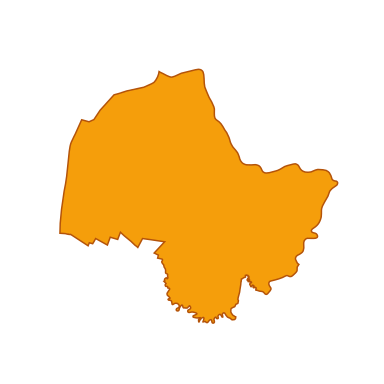 the district of Tran De, Sóc Trăng, Vietnam, rotated 209°
{"feature_id": "81297802B35680204276393", "entity_name": "Tran De", "entity_type": "district", "adm_level": 2, "iso_a3": "VNM", "parent_name": "Vietnam", "parent_adm1": "Sóc Trăng", "projection": "natural_earth1", "projection_center": [106.042, 9.495], "detail": "fine", "context": "isolated", "style": "filled", "palette": "amber", "viewbox_px": 384, "rotation_deg": 209, "n_neighbors": 0, "source": "geoboundaries", "source_scale": "gbopen_adm2", "svg_char_len": 5842}
<svg xmlns="http://www.w3.org/2000/svg" viewBox="0 0 384 384"><g transform="rotate(209 192 192)"><path d="M287.5,91.9L282.6,94.2L280.3,94.8L279.7,95.2L279.0,95.2L278.2,95.7L277.8,95.8L277.6,96.1L256.8,94.6L257.2,97.8L253.8,98.6L253.7,100.7L253.7,104.6L240.3,104.6L241.6,112.8L234.0,114.5L235.1,122.1L229.8,120.8L221.6,119.3L215.9,117.8L214.1,117.6L212.5,117.2L212.7,127.3L204.7,130.4L191.8,135.2L195.5,120.3L190.8,120.5L190.0,117.5L185.7,118.8L184.9,118.4L184.7,117.8L184.7,116.5L184.2,115.8L182.9,115.0L181.7,114.7L179.8,112.7L178.0,111.8L177.7,111.3L177.1,110.7L176.2,108.9L175.8,108.4L175.3,108.2L173.7,108.3L173.3,108.1L172.7,106.8L171.7,105.6L171.4,105.0L171.5,104.5L171.7,104.1L172.9,104.5L173.3,103.9L173.7,102.8L173.6,102.2L173.4,101.8L172.7,101.1L173.3,100.3L170.3,99.4L170.5,97.9L170.1,97.3L169.6,96.9L169.1,96.8L168.0,97.4L167.7,97.4L167.2,97.2L167.1,96.8L166.5,96.3L165.2,96.8L164.6,96.5L164.4,96.1L164.7,91.6L164.5,90.8L164.0,90.2L163.4,89.7L161.5,89.3L159.8,88.6L159.8,88.3L160.8,87.0L160.9,86.5L160.7,86.3L160.1,86.1L158.2,86.8L157.3,86.7L156.6,86.2L155.0,84.2L154.6,84.1L154.2,84.3L153.0,86.3L152.3,86.8L150.9,87.4L150.5,87.4L149.2,87.1L148.0,86.4L147.5,85.1L147.8,84.2L148.6,83.1L148.9,82.5L148.8,81.5L148.4,81.0L148.1,80.8L147.5,80.8L146.7,81.1L146.4,81.4L146.1,81.9L146.1,82.4L146.7,84.6L146.7,85.4L146.6,86.8L146.1,88.2L145.8,88.3L145.3,88.2L143.8,86.7L143.5,86.6L143.0,86.6L142.3,87.1L141.8,87.2L140.6,87.8L139.9,88.3L139.2,91.0L139.0,91.3L138.7,91.3L137.4,90.6L136.9,89.9L136.9,89.0L137.0,88.7L138.0,87.1L138.2,86.6L138.0,85.8L137.5,85.2L136.9,85.0L136.1,85.2L134.2,86.8L132.9,87.5L130.7,88.1L129.4,88.2L128.7,87.9L128.7,87.3L130.9,84.4L130.8,83.7L130.4,83.2L130.1,83.1L127.1,84.0L126.1,84.5L123.9,86.1L123.7,86.0L123.7,85.6L124.3,84.0L124.3,83.3L123.3,81.8L122.9,81.7L122.8,82.0L123.0,83.4L122.6,85.9L122.3,86.7L121.5,87.7L120.9,87.8L120.2,87.2L119.8,85.6L119.5,83.7L119.4,83.7L118.6,84.3L118.0,85.0L117.6,85.2L116.3,84.8L115.4,85.1L115.0,85.7L114.6,88.2L114.0,89.2L113.5,89.6L112.7,89.3L111.1,87.5L110.3,87.4L109.6,87.8L109.3,88.4L109.3,89.0L109.8,89.9L111.0,91.1L111.2,92.3L111.1,93.2L110.9,93.6L110.5,94.1L110.2,94.1L109.4,93.4L108.8,93.3L108.3,93.6L107.9,94.0L107.9,94.6L108.9,95.6L109.2,96.6L109.1,97.2L108.7,98.1L108.3,98.5L107.8,98.6L107.0,98.3L105.1,97.2L104.8,97.3L104.5,97.5L104.7,98.0L106.0,99.5L106.3,100.0L106.2,100.9L105.6,101.8L105.1,101.9L104.4,101.8L102.4,100.6L100.3,99.8L98.6,99.9L97.9,100.1L95.0,99.6L94.6,99.9L93.2,100.8L92.8,101.3L92.6,102.2L92.7,103.0L93.3,104.1L94.3,103.8L94.8,104.0L96.4,104.0L98.4,104.9L99.8,105.8L100.5,107.0L101.2,108.5L101.2,109.2L101.0,109.6L99.8,111.5L99.1,112.2L99.0,113.0L99.2,115.0L97.9,116.8L98.4,118.6L98.8,119.6L99.8,120.3L100.4,121.9L101.8,127.5L102.9,130.3L104.4,134.5L105.6,137.1L105.5,137.3L106.6,139.9L105.9,140.6L105.3,142.1L104.6,142.7L104.0,143.5L104.4,144.3L104.9,144.9L104.1,145.8L103.7,145.7L102.9,146.2L102.4,146.1L102.1,145.3L101.9,145.1L101.6,145.1L101.2,145.5L100.4,144.2L101.2,143.6L101.4,143.4L101.2,142.7L101.2,141.8L100.6,141.5L100.1,141.6L99.8,142.9L99.4,143.2L99.1,143.1L98.9,142.6L99.2,141.0L98.1,141.3L97.2,142.2L96.2,141.9L96.1,141.5L96.9,140.1L96.9,139.5L96.5,139.0L95.8,138.7L94.7,137.8L94.4,137.8L94.1,138.2L94.0,139.8L93.6,140.1L92.4,139.9L92.4,138.4L91.9,138.1L91.4,138.2L90.9,139.3L90.0,139.0L89.6,139.3L89.0,138.6L88.8,137.4L88.4,137.1L87.7,137.5L85.0,138.0L82.4,139.0L81.7,139.1L80.7,139.0L78.8,138.3L78.1,138.3L77.5,138.4L77.0,138.9L76.6,139.5L75.8,143.5L75.8,145.1L76.0,145.6L76.4,146.2L78.8,147.5L80.1,148.6L80.7,149.7L80.8,150.6L80.7,151.3L80.1,152.2L76.8,155.3L74.0,158.1L71.4,161.1L69.5,163.9L68.8,164.7L68.1,165.1L65.6,165.4L64.5,166.0L63.8,166.9L63.2,168.4L62.3,171.2L62.0,172.6L61.9,173.4L62.1,174.4L63.3,176.7L63.6,177.5L63.4,180.5L64.4,180.6L65.6,181.0L68.7,183.2L69.2,183.9L69.5,184.6L69.6,185.6L69.6,186.4L69.0,187.9L67.7,189.8L66.7,191.8L66.4,192.6L66.2,193.9L66.4,195.1L67.1,197.3L69.0,200.5L69.8,202.0L70.2,203.8L69.9,205.6L69.4,206.6L68.7,207.4L63.1,210.4L61.5,211.5L60.7,212.5L60.5,213.2L60.6,213.8L60.8,214.3L61.4,214.9L62.2,215.4L63.1,215.7L64.1,215.7L66.6,215.1L67.8,215.1L68.6,215.7L68.9,216.0L69.0,216.6L68.9,217.7L68.6,218.5L67.2,221.4L66.6,223.1L66.2,224.8L66.0,226.8L66.1,228.8L66.4,230.8L66.9,232.8L68.2,235.6L70.1,239.1L70.7,240.8L71.1,243.2L71.2,247.5L71.1,254.3L71.9,259.1L71.8,260.4L71.1,263.1L68.8,267.9L68.6,268.6L68.7,269.6L69.0,270.6L69.7,271.2L70.8,271.5L72.9,270.8L73.8,270.7L75.1,270.8L75.7,271.1L78.5,273.7L81.2,275.4L82.8,275.8L85.1,275.9L88.3,274.9L92.9,272.7L94.7,271.0L97.6,267.3L99.5,265.9L100.7,265.2L102.8,264.3L104.9,264.0L106.6,264.1L108.4,264.7L111.9,266.8L113.1,267.0L114.8,266.9L115.5,266.6L117.0,265.5L121.3,261.4L123.3,259.2L125.9,254.7L127.4,252.6L128.7,251.2L133.8,246.3L136.4,244.5L137.9,244.0L139.8,244.1L141.0,244.7L143.2,246.3L144.8,247.1L146.1,247.4L147.6,247.3L149.1,246.9L149.9,246.6L153.3,244.4L157.3,242.3L159.0,241.8L161.0,241.7L162.1,241.8L164.2,242.6L164.9,243.1L166.2,244.0L167.4,245.3L169.7,247.3L171.2,248.4L174.1,249.7L177.9,251.1L179.5,252.0L181.5,253.3L182.6,254.2L184.6,256.2L186.1,257.6L190.4,260.7L193.3,262.1L196.4,264.0L199.7,265.7L202.3,266.5L206.1,267.0L207.7,267.7L209.2,269.3L210.6,271.6L212.7,275.5L214.2,277.1L218.3,280.2L222.9,283.0L227.8,286.8L231.7,290.0L234.1,293.2L236.6,297.3L238.7,300.4L240.5,302.3L241.5,302.9L243.1,303.2L244.4,303.0L245.9,302.4L248.3,300.5L258.9,290.7L263.1,285.0L265.0,283.0L266.0,282.3L267.8,281.9L270.5,281.6L274.9,281.5L277.9,281.3L279.2,281.4L278.4,279.0L277.9,275.9L277.9,272.3L278.4,269.4L279.8,267.1L284.9,260.3L298.0,248.8L304.2,242.2L307.3,239.2L312.0,219.0L312.9,207.8L316.1,203.5L323.5,201.7L322.2,186.0L322.1,183.1L321.7,177.0L321.4,175.1L320.8,172.9L319.1,168.2L314.5,157.4L309.2,144.9L306.5,137.7L304.2,130.7L297.7,113.6L292.1,100.8L287.5,91.9Z" fill="#f59e0b" stroke="#b45309" stroke-width="1.5"/></g></svg>